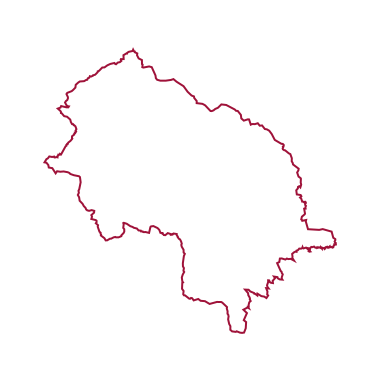 the district of Cuenca, Azuay, Ecuador, rotated 189°
{"feature_id": "8360857B44277665484155", "entity_name": "Cuenca", "entity_type": "district", "adm_level": 2, "iso_a3": "ECU", "parent_name": "Ecuador", "parent_adm1": "Azuay", "projection": "albers", "projection_center": [-79.199, -2.836], "detail": "fine", "context": "isolated", "style": "outline", "palette": "rose", "viewbox_px": 384, "rotation_deg": 189, "n_neighbors": 0, "source": "geoboundaries", "source_scale": "gbopen_adm2", "svg_char_len": 5979}
<svg xmlns="http://www.w3.org/2000/svg" viewBox="0 0 384 384"><g transform="rotate(189 192 192)"><path d="M311.3,190.1L306.1,189.9L305.0,189.2L303.5,184.2L303.8,177.2L304.3,175.4L303.6,173.5L304.3,171.2L302.7,169.2L301.6,165.8L298.2,163.2L296.7,161.2L294.7,159.7L293.8,158.2L292.6,157.5L290.7,157.3L288.3,158.4L285.6,158.1L285.5,156.3L287.8,153.4L286.9,152.0L287.2,149.6L282.7,149.2L281.8,148.7L281.5,147.2L282.1,146.1L279.6,144.5L279.7,143.0L277.2,138.3L275.9,137.5L275.9,136.6L275.1,135.7L275.2,134.8L271.3,132.7L269.7,130.7L268.2,131.0L265.8,133.0L264.5,133.3L262.4,134.9L260.7,135.6L260.0,135.3L257.5,135.7L254.9,137.3L255.0,138.1L253.1,140.9L252.7,142.3L253.1,144.7L254.3,145.8L254.4,149.2L255.0,150.6L254.6,150.9L251.4,150.4L247.6,148.6L245.2,148.2L244.0,147.6L240.7,147.3L238.8,145.7L236.5,145.8L236.2,145.1L234.5,145.3L234.2,144.9L233.3,144.8L231.7,145.2L228.0,144.9L227.6,150.9L227.1,151.6L224.8,152.3L220.4,151.0L218.4,149.5L216.8,146.7L214.7,146.9L214.5,146.0L213.9,145.9L213.1,145.1L211.6,145.2L209.5,147.6L206.8,147.2L206.5,146.6L205.5,147.1L205.5,146.6L204.5,146.9L203.7,148.1L200.5,148.1L200.3,146.9L199.1,145.8L199.2,145.4L197.7,143.8L196.4,143.3L195.0,141.4L194.0,139.3L194.3,138.1L193.6,136.4L191.3,133.6L190.8,130.9L189.4,129.8L190.0,127.6L189.9,120.2L189.3,117.1L188.1,115.6L188.1,112.8L187.2,111.8L188.2,109.1L188.7,106.0L187.6,102.3L186.7,101.3L187.4,100.8L186.7,94.8L184.8,92.9L184.7,89.7L183.8,88.7L182.7,88.8L178.0,86.2L177.1,86.3L176.4,87.2L175.2,87.1L173.4,85.2L169.1,87.3L166.5,85.9L162.1,86.2L157.1,84.2L150.2,87.3L145.9,87.9L144.8,87.5L139.4,83.8L139.4,82.3L138.2,79.8L137.9,77.3L137.1,76.6L136.4,74.9L136.4,71.9L134.6,67.4L133.1,65.5L132.6,61.9L130.6,60.6L126.8,60.7L126.1,61.4L122.5,60.6L120.4,60.7L118.6,61.3L117.6,65.8L118.2,72.0L120.8,73.5L118.8,81.0L122.8,83.8L119.1,86.6L117.7,86.1L118.8,87.6L118.1,87.9L118.4,89.4L118.2,92.0L117.0,93.5L118.1,94.9L118.0,95.5L118.6,96.9L120.2,98.8L120.8,100.9L124.3,103.9L120.8,104.3L118.9,102.9L114.8,101.9L114.6,101.3L113.5,101.2L111.3,100.0L111.4,101.8L107.2,100.0L104.3,100.0L101.9,98.9L100.6,101.7L101.7,102.6L101.9,105.5L103.7,108.6L101.2,108.7L102.7,110.2L103.3,111.6L102.7,114.9L103.0,116.7L102.1,116.8L100.9,115.1L99.9,114.7L97.8,114.7L98.4,116.9L96.5,119.9L97.8,121.3L94.3,121.3L93.8,120.2L91.7,119.4L89.0,119.6L89.8,120.5L90.0,121.7L89.5,124.9L90.6,126.0L91.1,127.3L92.0,127.8L96.8,135.1L94.8,136.5L94.8,140.0L93.0,140.4L89.2,139.9L87.9,141.1L86.5,140.8L84.0,141.4L80.5,140.2L82.6,142.6L82.6,143.8L83.4,146.5L81.8,148.4L80.4,149.4L79.4,149.3L79.5,150.5L78.3,151.1L77.2,152.9L75.4,153.1L74.4,153.8L74.2,154.8L73.7,153.9L73.1,153.7L70.7,154.9L69.2,154.0L69.2,154.7L67.7,154.6L67.6,153.9L68.2,153.6L67.4,152.6L67.6,151.8L66.7,151.4L65.9,151.7L66.6,152.2L66.4,153.4L67.1,154.8L66.5,154.9L65.6,156.4L64.7,156.3L62.9,157.2L62.0,156.5L61.1,156.3L60.5,156.7L59.9,156.2L59.1,157.1L58.7,156.7L57.8,157.2L56.4,156.9L56.3,157.7L54.8,156.4L54.9,157.4L53.7,157.1L52.5,157.4L52.1,156.5L51.5,157.1L51.6,158.1L50.8,158.8L49.4,158.3L49.3,158.9L48.5,158.5L47.4,159.9L47.0,159.0L46.2,159.5L45.4,159.6L44.7,159.0L43.8,159.5L43.7,161.2L43.1,161.7L43.3,162.5L41.7,162.7L42.1,164.2L42.7,164.3L43.4,165.4L42.9,167.0L43.1,167.9L45.3,168.9L47.9,174.7L57.1,175.8L60.4,174.5L71.6,173.4L75.0,180.7L74.9,182.2L78.6,180.8L79.0,181.6L79.8,182.0L79.6,184.8L77.2,187.6L77.0,188.3L78.6,193.0L77.2,193.4L77.6,194.5L77.3,196.1L78.0,196.6L78.5,198.0L77.8,199.0L78.1,199.7L78.8,200.1L79.9,199.4L81.2,200.0L81.7,199.8L83.1,202.6L84.4,203.4L83.3,204.9L84.2,206.0L88.1,206.0L89.3,210.0L88.0,212.1L88.1,213.6L87.0,214.5L85.7,213.5L85.3,216.3L86.1,218.3L86.5,222.1L86.9,222.7L89.2,223.9L91.2,227.7L90.3,230.0L90.3,231.7L96.5,235.0L97.1,236.5L98.3,237.9L98.7,241.0L100.8,244.8L102.4,245.3L106.5,247.7L107.5,247.7L108.9,248.4L109.3,249.3L108.9,250.6L109.3,251.1L108.6,251.9L108.8,252.9L109.9,253.7L111.3,253.6L118.4,256.4L122.3,261.7L125.3,264.6L127.9,265.6L129.9,265.6L133.2,268.7L135.5,268.1L137.8,270.2L140.4,268.9L143.3,268.5L144.5,267.7L147.0,272.6L148.2,272.5L152.0,270.6L154.8,272.4L155.8,275.8L159.5,279.2L161.2,279.1L162.7,280.2L171.8,283.3L176.7,283.1L179.6,279.2L182.0,277.7L183.5,276.0L185.2,275.0L186.4,274.9L192.5,279.6L194.0,280.2L195.5,280.7L201.3,280.5L201.6,282.6L204.5,285.2L205.0,286.7L207.5,287.2L212.0,290.3L216.9,295.2L224.5,298.5L228.0,300.6L230.3,299.4L235.2,297.9L240.6,297.0L244.0,297.4L245.5,298.8L246.3,301.4L251.3,309.0L254.0,309.3L259.5,307.3L260.6,307.5L260.7,310.1L261.4,310.5L262.1,314.5L265.6,315.6L267.7,318.5L267.7,320.3L270.4,321.1L270.5,321.8L271.4,322.0L272.4,323.4L272.7,322.0L276.5,320.5L277.8,319.3L277.8,318.6L278.6,318.5L281.1,316.4L280.3,312.6L283.0,312.1L283.1,311.4L282.3,310.4L283.5,309.0L285.6,308.2L287.0,306.3L287.8,306.4L288.8,307.3L292.7,305.7L295.4,303.9L297.9,301.4L300.1,300.9L302.8,297.1L304.0,296.4L303.9,295.6L306.0,292.7L308.1,291.7L308.1,291.3L309.8,290.2L311.0,290.4L311.4,288.8L312.7,288.0L313.0,286.5L314.1,286.1L315.9,284.6L320.1,283.6L321.4,282.4L323.6,279.7L323.5,276.9L325.4,274.2L326.6,272.8L330.7,270.4L331.3,269.1L329.4,266.3L329.2,265.0L329.6,263.3L330.8,262.0L331.4,260.5L329.6,258.1L328.1,257.3L327.0,257.3L327.4,256.3L329.3,256.0L334.7,256.4L335.1,254.8L337.6,253.4L334.7,251.5L334.0,250.7L333.8,249.5L333.0,249.4L330.1,246.9L327.2,246.8L323.6,244.5L322.6,242.2L321.1,240.3L320.0,240.4L319.3,239.5L318.9,239.6L317.4,238.6L316.0,236.0L316.6,234.3L315.9,233.6L316.3,232.7L317.0,232.4L316.7,231.7L317.6,230.7L317.4,230.2L319.2,228.3L319.0,226.4L318.6,226.1L318.8,225.5L320.1,223.4L322.0,221.4L322.3,219.9L322.9,219.9L323.2,218.7L322.7,218.5L323.4,218.5L323.3,218.0L324.0,217.4L327.2,208.6L328.4,209.0L328.5,208.1L329.9,208.0L330.0,206.8L330.5,206.3L330.3,205.2L331.4,205.3L332.8,204.6L333.4,204.7L333.7,205.4L335.7,204.7L338.5,204.8L339.7,202.6L340.9,201.7L342.3,198.2L340.3,198.1L338.1,196.1L337.3,193.8L333.7,193.7L329.6,189.1L328.5,191.4L325.3,191.4L322.0,192.2L317.8,192.1L316.0,191.6L315.1,190.8L311.3,190.1Z" fill="none" stroke="#9f1239" stroke-width="2"/></g></svg>